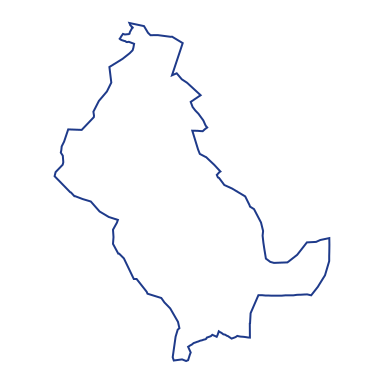 Atakunmosa West, Osun, Nigeria
{"feature_id": "59680162B20429116941940", "entity_name": "Atakunmosa West", "entity_type": "district", "adm_level": 2, "iso_a3": "NGA", "parent_name": "Nigeria", "parent_adm1": "Osun", "projection": "mercator", "projection_center": [4.653, 7.599], "detail": "fine", "context": "isolated", "style": "outline", "palette": "blue", "viewbox_px": 384, "rotation_deg": 0, "n_neighbors": 0, "source": "geoboundaries", "source_scale": "gbopen_adm2", "svg_char_len": 2695}
<svg xmlns="http://www.w3.org/2000/svg" viewBox="0 0 384 384"><path d="M54.6,176.2L70.2,192.2L71.0,192.5L74.4,196.2L74.9,196.1L82.8,199.1L90.8,201.5L99.6,211.5L108.8,217.0L117.9,219.9L116.9,222.7L113.0,229.7L113.5,237.1L113.0,243.9L118.3,253.7L119.2,253.7L123.9,258.4L133.8,279.0L136.6,279.0L146.7,291.8L147.5,293.7L161.3,298.0L164.4,302.4L170.2,308.4L178.0,321.9L179.4,328.2L177.7,329.7L175.6,336.7L172.7,357.2L173.8,360.5L182.1,359.4L186.1,361.0L188.1,360.2L189.9,354.5L190.7,352.5L188.1,346.8L189.2,346.1L190.2,345.4L191.8,344.6L192.7,343.8L193.8,343.0L195.4,342.5L196.9,341.9L198.3,341.5L200.1,340.7L202.0,340.3L203.6,339.7L205.3,339.3L206.2,338.8L206.8,337.6L209.1,336.8L210.8,336.2L212.3,334.8L213.4,335.3L214.8,335.9L216.7,336.8L217.6,334.9L218.8,331.3L220.1,332.2L221.4,332.8L223.3,334.3L225.2,334.7L226.7,335.7L227.9,336.1L231.6,338.6L235.1,337.3L236.2,336.7L237.3,335.9L238.9,336.3L240.5,336.6L242.0,336.7L243.5,336.8L245.0,337.0L246.3,337.2L248.2,337.5L249.9,337.6L249.8,322.8L250.0,324.0L250.6,313.2L258.4,295.2L262.1,295.2L265.2,295.5L267.8,295.5L272.0,295.7L276.9,295.7L281.4,295.7L285.8,295.3L288.2,295.3L290.3,295.3L293.6,295.3L297.1,294.8L301.2,294.7L304.4,294.5L307.2,294.4L311.2,295.3L314.5,291.1L318.1,286.5L318.4,285.9L323.3,278.0L325.0,275.3L329.2,261.1L329.2,255.8L329.3,251.9L329.4,244.9L329.3,238.1L320.3,240.0L316.1,241.9L306.9,242.4L304.1,246.0L297.2,254.8L288.9,261.3L287.4,262.4L279.1,262.7L274.0,262.9L270.3,261.9L265.9,258.6L264.3,248.8L263.4,242.8L262.6,235.7L263.1,231.0L261.0,222.5L254.0,209.1L250.0,206.6L249.5,205.1L245.2,196.4L232.0,188.5L224.3,185.0L219.1,178.0L217.9,177.4L216.8,174.9L217.8,173.9L218.3,173.3L218.9,172.7L219.6,172.0L220.4,171.5L214.3,164.9L208.6,159.5L206.2,157.2L205.3,156.8L199.8,153.9L198.0,149.3L192.3,130.7L197.5,130.8L200.7,131.1L202.7,131.2L204.9,129.2L205.3,128.9L207.2,127.5L205.7,125.7L205.0,124.2L203.3,120.4L200.0,115.9L198.5,113.8L195.3,110.5L192.6,107.0L190.7,101.9L200.6,95.2L187.0,82.7L181.8,79.3L176.7,73.3L172.0,75.3L182.7,43.1L172.1,36.7L170.6,36.8L157.7,35.1L150.5,35.2L148.0,32.8L144.0,26.1L129.4,23.0L129.7,23.7L130.1,24.4L130.2,25.1L131.1,26.0L132.5,27.3L132.0,27.6L132.3,28.1L132.0,28.3L130.5,31.0L130.2,31.5L129.7,32.6L129.6,33.6L128.9,34.1L127.7,34.2L124.9,34.5L123.0,33.9L121.3,36.3L120.1,38.3L119.7,38.8L120.5,39.5L121.7,40.1L124.1,40.9L125.4,41.2L126.4,42.0L127.1,42.1L128.8,41.8L129.6,42.1L134.1,43.8L133.7,46.0L133.4,47.7L132.6,50.3L129.6,53.3L122.5,58.9L109.4,67.0L111.3,82.6L106.9,91.5L98.9,100.9L93.4,111.7L94.0,115.7L93.8,117.2L81.7,129.9L68.2,129.4L64.1,141.6L61.7,146.4L61.3,150.2L60.8,152.6L62.8,155.7L63.3,162.2L62.7,164.7L55.6,172.1L54.6,176.2Z" fill="none" stroke="#1e3a8a" stroke-width="2"/></svg>